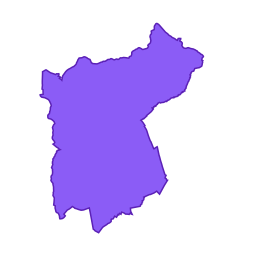 Godinesti, Gorj, Romania (Mercator projection), rotated 168°
{"feature_id": "2599482B27270234020858", "entity_name": "Godinesti", "entity_type": "district", "adm_level": 2, "iso_a3": "ROU", "parent_name": "Romania", "parent_adm1": "Gorj", "projection": "mercator", "projection_center": [22.965, 44.989], "detail": "fine", "context": "isolated", "style": "filled", "palette": "violet", "viewbox_px": 256, "rotation_deg": 168, "n_neighbors": 0, "source": "geoboundaries", "source_scale": "gbopen_adm2", "svg_char_len": 5848}
<svg xmlns="http://www.w3.org/2000/svg" viewBox="0 0 256 256"><g transform="rotate(168 128 128)"><path d="M200.2,199.3L202.1,191.7L202.7,188.8L202.7,188.0L204.0,183.9L203.2,183.2L204.0,178.6L207.0,178.8L207.1,178.3L206.9,177.3L206.0,176.1L202.9,174.8L200.2,172.6L199.7,171.9L199.3,171.0L198.5,167.7L198.4,165.9L198.5,165.6L199.6,164.3L200.2,162.1L200.6,161.0L201.1,160.6L201.6,158.9L202.7,157.9L203.3,157.6L203.7,157.1L203.9,156.7L204.0,156.0L204.2,155.3L204.1,154.4L203.7,153.8L201.5,152.8L201.2,152.3L200.5,151.8L199.0,149.7L198.7,147.5L200.1,146.6L201.8,144.2L201.7,140.8L202.4,139.6L202.8,136.6L203.8,135.1L204.2,133.9L204.0,132.5L202.9,130.4L202.6,129.3L202.8,128.9L203.7,128.1L204.7,127.8L201.9,124.2L200.6,123.0L199.9,121.9L199.0,121.0L199.9,121.0L199.9,120.8L200.2,120.6L201.4,120.8L202.1,120.6L202.1,120.2L202.8,119.7L202.7,119.3L203.5,118.3L204.6,117.3L205.5,115.6L206.4,115.0L206.8,114.1L207.7,113.6L208.0,113.0L208.0,112.2L208.4,111.3L208.8,110.9L209.0,110.4L208.9,110.0L209.3,109.4L209.1,108.2L209.5,107.4L210.4,106.1L210.4,105.8L211.0,105.3L210.9,104.8L210.4,103.1L210.7,102.3L210.9,100.5L211.2,99.7L211.3,99.1L211.7,98.2L213.1,97.0L213.5,96.0L213.5,94.2L213.7,93.7L214.2,93.1L214.3,92.6L213.7,91.0L212.9,89.4L213.1,88.7L213.1,85.8L213.5,83.9L213.6,83.1L213.9,81.5L214.6,80.4L214.7,79.4L215.4,77.7L215.3,77.1L214.6,75.0L215.8,70.8L216.7,68.1L215.4,67.0L215.4,66.8L216.0,64.8L215.9,63.8L215.9,61.1L215.3,60.1L214.2,59.4L214.0,59.1L213.6,57.9L213.3,55.8L213.3,55.6L213.5,55.4L213.6,53.4L213.4,53.3L212.6,53.1L210.8,53.1L209.2,53.8L207.6,55.1L208.6,57.1L204.4,60.4L202.5,60.9L200.5,61.8L198.8,62.8L196.8,60.9L196.7,60.5L195.1,59.7L193.2,58.5L191.1,57.4L190.0,57.2L188.4,57.1L182.5,57.9L182.5,53.5L183.0,36.2L182.0,35.2L181.7,34.4L181.4,34.1L178.5,31.7L173.5,36.1L172.0,36.8L169.2,37.8L167.8,38.5L167.7,38.7L165.8,39.0L164.1,39.9L163.9,40.1L163.5,42.0L163.3,42.3L161.7,42.2L161.3,42.3L159.4,44.5L157.8,43.1L155.7,45.5L155.1,44.9L154.1,46.2L152.8,45.1L152.4,46.0L151.7,47.0L149.7,45.8L148.3,44.3L145.9,43.7L144.9,43.2L143.5,44.3L142.8,43.2L141.9,42.7L142.7,46.0L142.3,49.1L132.7,48.9L132.3,49.0L131.9,49.4L131.6,50.4L130.3,50.8L129.8,52.2L129.1,52.7L129.1,53.1L129.3,53.7L129.2,53.9L128.6,53.9L127.5,54.6L127.1,56.0L126.6,56.5L126.9,57.1L121.0,58.4L119.9,58.3L115.8,59.1L113.1,60.2L110.9,56.7L104.4,64.3L100.2,68.7L101.0,69.1L101.1,70.3L101.5,70.8L102.0,71.1L102.1,71.4L101.9,72.0L100.6,73.8L101.4,74.5L101.6,75.0L102.4,82.7L102.6,86.1L102.9,88.9L103.1,93.2L103.3,95.1L103.3,103.0L103.4,103.6L105.2,103.0L106.7,102.3L107.0,102.3L107.2,102.5L108.2,108.4L108.5,110.0L108.8,110.5L109.0,111.4L109.6,115.4L109.9,118.2L110.1,120.6L110.4,122.7L111.7,126.2L110.9,126.8L112.2,130.2L113.1,132.0L113.8,132.9L110.9,134.0L110.7,133.7L110.4,133.9L107.2,135.8L107.4,136.1L106.9,136.5L103.6,138.2L101.8,139.2L99.4,141.2L100.1,141.8L100.1,142.6L99.2,142.2L99.0,142.7L98.5,142.9L98.5,143.4L98.3,143.5L97.2,143.5L97.1,143.9L96.8,144.1L96.6,144.1L96.4,143.6L96.2,143.6L96.0,144.1L95.2,144.7L94.8,145.0L94.3,145.0L93.8,145.9L93.4,145.9L92.9,146.2L91.9,146.5L91.7,146.4L91.3,145.9L91.1,145.9L90.8,145.7L90.2,145.9L89.2,145.9L88.7,145.7L87.6,145.7L85.3,146.3L84.7,145.9L84.3,146.4L83.8,146.4L83.3,146.9L82.8,146.8L81.4,147.2L81.2,147.4L80.7,147.6L80.1,148.1L79.6,148.3L78.1,148.4L77.7,148.2L76.9,148.1L76.7,148.1L76.5,148.8L75.7,148.5L74.5,148.7L73.5,148.6L73.0,148.9L72.5,148.9L72.0,149.2L72.0,149.7L71.4,149.7L71.2,150.0L70.4,149.7L69.2,150.5L68.4,151.4L67.3,151.4L67.2,151.5L67.4,151.9L67.3,152.2L66.8,152.2L66.1,151.9L65.6,152.4L64.7,152.4L64.6,153.6L63.0,154.8L63.0,155.3L62.3,156.2L62.3,156.9L61.4,157.8L59.3,161.0L58.7,161.3L58.4,162.0L57.0,163.9L57.1,164.4L56.3,164.9L56.2,167.1L55.7,167.0L55.8,167.5L55.6,167.8L55.5,168.0L55.0,168.3L55.0,168.8L53.6,169.9L52.0,170.0L52.0,170.3L51.2,170.9L50.4,172.3L47.5,172.3L45.7,172.2L43.1,173.1L42.3,174.5L41.9,175.8L41.6,176.1L41.6,176.4L41.3,176.8L41.3,177.4L41.1,178.3L40.9,178.4L41.1,178.6L41.4,178.5L41.6,178.6L41.7,179.3L41.5,179.8L41.2,180.3L41.0,181.0L39.5,182.0L39.3,182.5L40.0,183.9L40.7,184.7L41.3,184.9L42.3,186.4L44.0,188.0L44.4,189.1L45.2,189.6L45.8,190.3L46.8,191.0L47.5,191.6L50.1,192.7L52.2,194.0L53.2,194.1L54.7,193.8L56.3,194.4L57.1,195.0L57.5,195.6L58.2,197.6L57.4,199.0L57.3,199.9L57.4,200.3L58.1,201.5L58.6,201.7L59.2,202.2L59.1,202.8L57.9,204.0L57.8,204.6L59.3,205.0L60.3,205.1L61.5,203.5L62.5,204.2L63.7,205.7L66.2,207.6L66.6,208.4L68.9,210.5L69.5,211.8L71.4,213.9L75.9,222.0L76.7,223.2L78.0,224.3L79.0,224.2L81.0,222.2L81.3,221.3L81.7,219.3L82.0,218.8L84.6,218.2L85.2,217.9L85.2,216.5L85.6,215.3L86.9,214.2L87.6,212.5L87.3,211.5L87.5,210.3L87.4,209.0L88.1,207.2L88.6,206.5L89.5,205.9L90.6,205.5L91.4,204.7L91.1,203.6L91.2,203.4L92.2,202.2L93.2,201.9L97.1,201.7L97.8,202.0L98.2,202.6L100.0,204.1L100.7,204.3L101.3,204.2L102.8,203.4L103.8,203.4L105.6,202.6L106.8,202.4L108.0,201.7L108.5,201.3L108.8,200.6L108.9,199.7L109.3,198.8L109.9,197.9L110.3,197.7L111.8,197.5L112.4,196.4L112.7,196.2L113.2,196.3L115.4,197.2L117.6,197.9L119.8,197.9L120.6,198.2L121.6,197.9L122.4,197.3L123.1,197.1L123.7,197.2L124.5,197.8L125.1,197.9L127.1,197.5L127.8,197.8L129.6,199.2L130.4,199.4L131.6,198.9L133.4,199.2L136.4,198.0L138.5,198.4L139.4,197.9L140.6,198.0L143.1,197.4L144.6,197.2L145.6,197.3L149.2,198.4L149.5,198.9L150.2,199.3L150.3,199.7L150.9,202.9L152.3,203.9L153.2,204.6L153.5,205.2L155.3,206.5L156.2,206.8L158.5,206.3L161.0,206.6L161.3,206.6L163.0,204.9L163.6,203.8L164.7,202.6L165.1,201.7L165.8,200.9L168.3,199.4L169.6,199.2L172.5,198.2L173.5,198.0L175.3,197.3L177.2,196.1L181.1,192.5L182.8,188.5L183.3,189.4L184.8,190.8L184.1,191.5L183.4,191.6L183.6,191.9L184.1,192.4L185.5,193.1L184.6,194.1L184.3,195.2L184.4,195.5L185.6,195.6L186.6,195.9L187.9,195.4L188.1,195.5L188.8,196.1L192.4,198.2L195.9,201.8L196.5,201.9L199.9,200.8L200.2,199.3Z" fill="#8b5cf6" stroke="#5b21b6" stroke-width="1.5"/></g></svg>